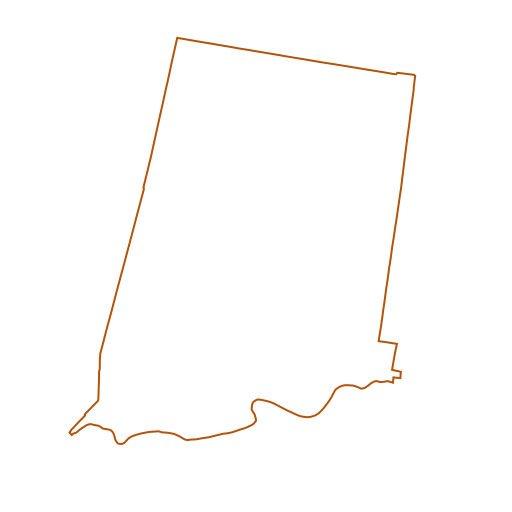 Cosambesti, Ialomita, Romania, rotated 188°
{"feature_id": "2599482B78625635901926", "entity_name": "Cosambesti", "entity_type": "district", "adm_level": 2, "iso_a3": "ROU", "parent_name": "Romania", "parent_adm1": "Ialomita", "projection": "orthographic", "projection_center": [27.459, 44.535], "detail": "fine", "context": "isolated", "style": "outline", "palette": "amber", "viewbox_px": 512, "rotation_deg": 188, "n_neighbors": 0, "source": "geoboundaries", "source_scale": "gbopen_adm2", "svg_char_len": 3599}
<svg xmlns="http://www.w3.org/2000/svg" viewBox="0 0 512 512"><g transform="rotate(188 256 256)"><path d="M233.7,91.6L233.4,92.2L233.1,92.7L233.4,94.6L233.9,95.6L235.2,98.7L236.2,100.1L237.3,101.1L239.0,103.5L239.1,106.8L239.2,108.1L238.7,110.3L238.1,111.3L236.1,113.1L234.9,113.9L233.7,114.2L231.6,114.3L229.2,114.2L226.8,114.0L224.6,113.8L222.4,113.5L218.5,112.7L214.6,111.3L210.7,109.9L203.3,107.3L199.3,106.2L196.8,105.4L192.6,104.1L189.2,103.5L186.2,103.4L182.6,103.5L180.2,104.1L177.5,105.2L175.1,106.4L173.8,107.5L172.1,108.9L169.9,111.7L167.7,115.0L163.8,121.9L161.6,126.8L159.0,134.0L158.2,135.2L156.8,136.6L154.9,138.1L153.1,139.3L150.8,140.1L148.6,140.7L147.1,140.8L142.2,141.2L138.0,140.6L133.5,139.3L131.1,139.9L129.3,141.0L128.7,141.6L126.8,143.4L124.6,145.8L122.0,147.8L120.3,148.6L118.6,148.9L117.0,148.6L115.1,148.5L111.4,149.4L110.2,149.8L108.9,150.2L107.7,150.4L106.5,150.2L102.7,149.6L103.0,154.9L96.0,155.2L96.5,161.5L105.4,162.2L104.9,178.8L104.2,188.6L116.4,188.8L122.7,188.7L122.6,196.6L122.4,202.8L122.4,203.5L122.4,211.0L122.4,213.8L122.5,219.8L122.4,227.8L122.5,236.9L122.5,245.4L122.4,249.7L122.4,254.5L122.5,262.3L122.4,265.3L122.3,273.3L122.4,284.0L122.2,292.5L122.2,296.0L122.1,306.6L122.0,310.8L121.9,330.6L121.9,333.6L121.9,334.5L121.8,344.1L122.0,352.7L122.5,386.4L122.6,395.0L122.6,408.0L122.8,418.9L122.9,430.6L123.0,443.3L123.3,444.3L123.3,448.3L123.4,452.0L123.4,456.3L123.7,456.7L124.4,457.3L125.0,457.4L141.6,457.1L142.1,455.9L142.7,455.4L146.5,455.4L152.3,455.6L155.9,455.7L163.4,455.9L170.0,456.0L175.3,456.1L186.9,456.4L200.8,456.7L205.8,456.8L214.1,456.9L219.3,457.0L258.3,458.0L258.5,458.1L277.4,458.6L286.7,458.8L292.2,459.0L298.1,459.1L303.3,459.2L304.9,459.3L313.7,459.6L321.3,459.8L327.0,460.0L327.9,460.0L350.3,460.6L357.1,460.8L359.1,460.9L364.1,461.0L364.4,461.0L364.4,460.6L365.1,452.0L365.5,447.3L366.6,433.9L366.6,433.6L367.2,424.1L367.9,415.2L368.3,411.0L368.6,406.8L369.5,395.2L371.8,366.4L374.0,337.6L374.1,337.3L375.3,324.8L376.0,318.3L377.0,308.0L376.7,307.4L376.3,306.9L379.2,283.0L382.0,259.0L382.5,254.9L384.6,237.6L384.9,235.1L386.3,223.8L389.4,198.6L390.4,189.7L391.3,182.1L392.5,172.3L393.2,167.3L393.7,162.7L394.0,160.5L395.2,149.6L396.6,137.7L396.4,135.1L396.3,132.4L396.2,131.6L395.9,129.1L395.1,123.2L395.0,121.2L395.4,120.5L394.8,115.8L394.4,113.1L392.3,93.1L392.2,92.7L392.2,91.8L392.2,91.2L392.3,90.8L392.6,90.2L398.1,82.8L403.5,75.4L403.1,74.2L405.7,70.7L407.8,67.8L412.1,61.8L414.8,57.9L416.0,55.1L414.8,54.1L413.5,53.1L413.3,53.7L412.7,54.3L411.8,54.9L410.5,55.5L409.6,56.0L408.2,57.3L407.2,58.5L406.1,59.8L404.9,60.8L403.8,61.9L402.6,62.9L400.1,65.0L398.3,65.9L396.5,66.5L394.7,66.4L392.7,66.2L390.7,66.0L389.4,66.1L388.1,65.9L386.6,65.3L385.3,64.7L384.0,63.9L382.7,63.8L380.8,63.7L378.9,63.7L377.0,63.6L375.5,63.2L374.5,62.6L373.4,61.6L372.2,60.0L371.6,59.0L370.8,57.1L370.0,55.1L369.2,53.6L368.4,52.7L367.5,51.8L366.8,51.3L366.1,51.1L365.4,51.0L364.5,51.1L363.3,51.1L362.1,51.5L360.8,52.3L359.6,53.7L358.1,55.9L356.8,57.7L354.2,59.9L350.1,62.1L345.5,64.1L341.6,65.5L337.3,66.9L334.0,67.6L331.8,68.1L328.3,68.8L327.6,68.8L324.7,68.3L322.7,68.4L318.5,68.7L315.8,68.6L312.5,68.4L309.9,67.8L306.2,66.6L303.0,65.2L300.5,64.3L298.8,64.2L297.0,64.5L295.1,65.1L292.4,65.6L289.8,66.1L286.4,67.2L284.2,68.0L281.2,68.8L277.4,70.0L275.1,70.9L272.4,72.0L269.9,73.0L266.3,74.4L264.6,75.2L261.4,76.0L259.2,76.6L256.6,77.5L254.3,78.5L250.9,80.2L248.2,81.6L244.1,83.5L241.4,84.9L239.7,86.0L238.1,87.0L235.6,88.9L235.1,89.6L234.9,89.8L234.7,90.0L234.1,91.0L233.8,91.4L233.7,91.6Z" fill="none" stroke="#b45309" stroke-width="2"/></g></svg>